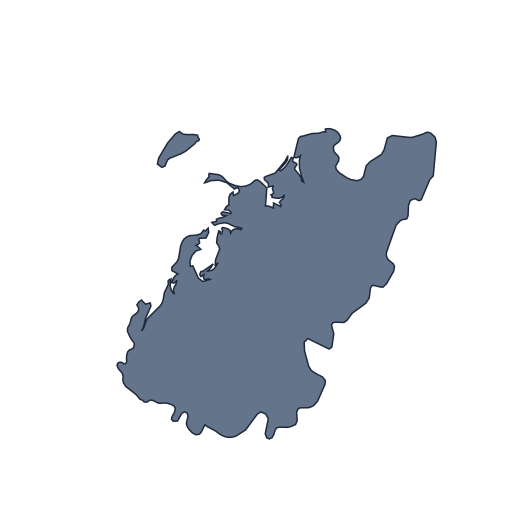 SVG path tracing the border of Morbihan, rotated 116°
{"feature_id": "FRA-5327", "entity_name": "Morbihan", "entity_type": "Metropolitan department", "adm_level": 1, "iso_a3": "FRA", "parent_name": "France", "parent_adm1": "", "projection": "equal_earth", "projection_center": [-2.844, 47.752], "detail": "fine", "context": "isolated", "style": "filled", "palette": "slate", "viewbox_px": 512, "rotation_deg": 116, "n_neighbors": 0, "source": "natural_earth", "source_scale": "10m", "svg_char_len": 5874}
<svg xmlns="http://www.w3.org/2000/svg" viewBox="0 0 512 512"><g transform="rotate(116 256 256)"><path d="M352.1,341.6L348.7,341.2L345.8,339.7L347.7,334.2L344.5,330.5L347.0,328.5L360.9,327.9L369.1,325.9L373.7,326.2L370.1,325.3L364.1,326.2L360.0,326.2L342.9,320.3L339.4,319.8L336.5,320.1L329.2,322.3L320.8,322.3L318.8,322.9L317.5,323.9L316.2,324.1L313.8,322.3L317.2,321.7L321.1,319.6L324.5,316.3L326.2,312.5L322.7,315.4L319.5,315.9L316.2,315.6L312.4,316.4L314.3,316.7L315.6,317.3L316.5,318.4L317.0,320.3L311.4,320.4L308.8,319.8L306.4,318.3L306.0,325.2L303.0,326.7L295.5,324.4L291.8,324.6L280.2,328.1L275.8,328.5L272.5,328.2L269.6,326.9L266.6,324.4L266.1,323.3L262.7,317.7L261.9,317.4L260.9,315.8L258.8,314.9L256.3,314.6L255.6,314.3L255.9,313.9L255.8,312.5L251.9,311.2L255.7,308.8L261.7,308.8L265.0,314.6L266.6,314.6L267.8,313.1L269.1,312.4L270.6,312.9L272.7,314.6L272.9,312.7L274.2,308.5L277.7,312.1L283.3,313.7L289.4,313.2L294.1,310.5L292.5,308.5L301.2,298.0L302.2,292.6L297.2,287.0L297.2,288.8L299.3,290.7L299.6,292.5L298.3,294.0L295.5,294.6L298.7,296.6L297.7,298.0L296.7,298.6L294.1,298.7L293.0,297.1L281.8,290.9L286.5,291.5L290.9,292.9L288.3,289.5L285.6,288.0L278.7,287.0L281.8,288.8L277.2,290.7L265.7,291.7L263.4,293.8L261.4,297.2L257.0,298.9L249.7,300.5L249.7,298.7L251.2,298.7L251.2,296.6L248.3,297.0L247.6,297.5L246.6,298.7L245.1,298.7L244.2,295.2L244.0,292.3L244.7,290.1L246.6,288.8L243.4,288.7L241.1,287.1L239.6,284.5L239.0,280.9L237.3,280.9L237.7,283.2L238.7,286.8L239.0,288.8L239.0,295.6L239.8,298.5L241.8,301.7L244.3,304.6L246.6,306.6L246.0,308.5L245.7,309.4L245.1,310.5L244.5,309.5L242.2,306.6L240.3,307.7L238.3,305.9L235.9,302.9L232.9,300.5L234.2,304.3L233.0,306.1L230.9,305.4L229.9,301.6L229.0,297.2L227.6,297.6L226.8,300.8L228.2,304.6L225.0,304.4L223.7,304.0L222.2,302.7L215.2,306.0L211.6,306.3L208.5,304.6L210.0,303.8L211.4,302.7L209.3,300.9L206.7,299.5L204.2,299.6L202.3,302.7L203.3,303.1L204.2,304.1L205.3,304.6L202.9,314.3L204.1,322.5L207.8,329.2L212.8,334.2L209.7,334.1L205.0,332.9L203.6,334.2L202.2,334.2L199.5,325.9L199.2,323.3L199.7,320.2L201.8,315.3L202.3,311.5L201.7,304.8L200.2,299.8L197.7,296.0L194.5,292.9L192.4,291.7L189.9,290.8L187.8,289.6L186.9,287.9L187.4,284.2L190.1,276.1L206.9,269.4L206.0,267.9L205.6,266.3L205.4,264.2L205.4,261.4L204.3,262.0L201.7,262.9L200.7,263.5L200.6,257.4L200.7,255.5L199.3,255.5L197.6,258.5L195.2,258.0L192.2,256.7L188.6,257.3L191.8,258.3L193.9,260.4L195.3,263.5L196.2,267.4L195.1,267.6L194.9,267.8L194.9,268.3L194.6,269.4L191.9,267.7L190.4,268.7L188.6,270.6L185.5,271.3L186.3,272.2L188.6,275.2L185.5,276.5L184.4,279.2L183.7,281.9L181.7,283.1L180.0,281.9L173.2,275.2L167.6,273.8L157.8,271.5L151.8,271.3L155.8,269.9L159.8,270.3L168.7,273.1L168.7,271.3L165.1,269.5L161.2,268.3L151.8,267.4L151.8,265.3L153.8,265.1L154.8,264.5L155.0,263.0L155.0,260.4L155.8,259.3L159.6,259.8L161.0,259.4L163.9,253.1L165.9,249.7L168.7,247.7L168.7,245.5L163.9,250.5L157.8,255.5L151.0,259.0L146.3,260.0L148.0,260.8L149.4,262.0L150.4,263.5L150.4,265.3L132.1,269.3L129.0,268.4L128.0,266.8L121.4,259.4L118.2,253.5L115.8,251.0L114.8,249.8L114.0,247.7L111.5,249.4L109.9,247.1L108.8,243.9L108.4,240.4L108.8,237.5L109.9,235.0L111.2,233.1L112.9,231.7L115.0,231.2L117.6,231.8L122.3,234.3L125.1,233.8L127.9,231.6L129.1,229.1L129.8,226.7L131.5,224.4L134.4,223.4L140.5,223.8L143.1,221.7L144.6,217.9L145.9,208.4L145.7,204.2L144.1,198.3L141.1,195.1L137.1,194.3L126.6,196.5L121.2,194.8L109.7,187.8L104.6,187.4L92.3,189.7L88.0,186.4L81.9,169.4L80.3,166.9L72.7,158.9L70.8,157.6L69.4,155.9L69.0,152.5L70.7,147.2L74.4,143.9L106.3,131.8L111.1,133.3L132.1,132.2L133.7,132.5L134.7,133.8L134.9,135.3L134.8,136.9L135.1,138.8L138.6,141.7L143.7,141.1L153.1,137.0L156.2,136.7L157.6,138.0L158.7,139.9L161.0,141.8L167.0,143.6L195.7,140.3L198.9,138.8L201.2,135.8L202.9,129.2L204.6,126.9L209.4,125.6L223.5,126.5L228.3,128.2L229.3,130.4L230.8,137.1L231.9,138.9L234.7,139.0L244.3,135.8L250.3,136.6L265.2,144.4L273.8,146.0L277.2,147.8L280.9,156.2L283.0,158.0L285.4,157.6L291.8,152.0L304.6,147.9L307.6,149.5L307.5,173.2L312.3,174.9L320.0,170.8L332.0,160.3L334.6,156.2L335.3,152.2L335.6,143.1L337.6,139.0L341.2,137.7L359.6,137.0L364.8,138.5L367.2,140.1L369.3,142.2L373.1,149.7L375.0,151.2L378.6,151.0L386.1,146.7L390.2,146.6L394.5,150.3L396.3,152.8L399.8,160.4L401.9,162.3L404.6,162.4L408.6,161.7L412.3,162.0L414.6,163.8L414.7,166.6L411.7,169.8L396.9,173.6L393.8,178.0L394.0,183.2L397.5,185.5L417.0,189.1L426.7,195.1L429.1,197.7L430.8,200.5L431.8,203.7L432.2,207.6L432.1,209.9L431.0,216.0L430.7,225.0L430.1,227.9L438.4,228.0L440.9,228.7L443.0,231.6L442.9,235.7L441.4,239.8L439.4,243.0L437.9,244.6L436.4,245.4L430.8,246.6L428.7,247.5L427.4,249.3L427.5,252.1L430.1,253.7L438.7,254.2L440.8,257.8L439.9,260.3L437.6,261.0L432.4,260.8L428.8,261.5L427.0,263.3L426.5,266.5L427.3,271.2L428.1,273.6L430.3,277.3L431.1,279.5L431.0,285.5L431.9,288.0L435.1,289.9L435.6,290.9L436.2,292.6L435.9,293.4L435.4,294.6L435.4,295.7L435.7,296.9L435.4,298.2L434.6,299.5L433.1,303.1L430.4,315.8L428.2,319.4L425.5,321.6L423.1,322.3L420.5,324.2L419.2,326.5L418.1,329.4L416.3,332.0L415.0,333.0L413.3,333.3L411.9,332.7L410.9,331.5L410.6,330.5L410.5,329.2L410.7,327.4L410.6,326.8L409.8,326.0L407.9,325.8L404.1,327.9L401.1,328.9L398.4,329.3L396.5,328.8L395.5,328.2L395.0,327.8L394.7,327.3L393.7,326.7L392.2,325.9L389.7,326.3L388.2,327.0L387.5,327.5L387.3,327.8L386.6,329.6L385.3,331.8L383.5,334.4L380.3,338.3L377.8,339.6L375.5,339.9L373.3,339.7L371.2,339.8L366.8,340.8L364.8,340.7L362.8,339.9L360.6,338.7L358.3,337.8L355.6,338.0L353.9,338.9L352.4,341.4L352.1,341.5L352.1,341.6ZM206.0,376.4L208.6,377.6L215.3,377.3L217.6,379.5L216.6,384.9L210.7,386.4L193.2,385.0L181.6,382.0L177.7,379.5L178.5,375.0L176.7,370.3L174.3,365.7L173.0,361.5L174.9,359.9L175.8,358.1L177.3,358.0L179.3,359.7L182.1,360.3L192.2,364.9L197.7,368.7L198.3,369.5L206.0,376.4Z" fill="#64748b" stroke="#1e293b" stroke-width="1.5"/></g></svg>